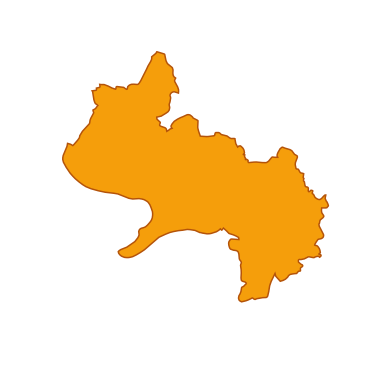 Tuyen Quang, Tuyên Quang, Vietnam (orthographic projection), rotated 128°
{"feature_id": "81297802B47439602304770", "entity_name": "Tuyen Quang", "entity_type": "district", "adm_level": 2, "iso_a3": "VNM", "parent_name": "Vietnam", "parent_adm1": "Tuyên Quang", "projection": "orthographic", "projection_center": [105.218, 21.783], "detail": "fine", "context": "isolated", "style": "filled", "palette": "amber", "viewbox_px": 384, "rotation_deg": 128, "n_neighbors": 0, "source": "geoboundaries", "source_scale": "gbopen_adm2", "svg_char_len": 6009}
<svg xmlns="http://www.w3.org/2000/svg" viewBox="0 0 384 384"><g transform="rotate(128 192 192)"><path d="M284.4,213.4L285.4,212.1L285.7,211.1L286.0,209.5L285.9,207.8L285.1,205.0L283.7,202.8L282.5,201.4L281.0,200.1L279.4,198.9L275.9,197.2L271.3,195.4L266.7,193.9L248.0,190.2L241.6,186.9L237.5,184.5L234.4,182.1L230.9,179.0L227.8,175.8L224.4,172.7L222.8,170.3L220.4,166.0L219.1,160.8L218.5,159.9L218.0,158.6L215.7,154.4L214.0,152.4L212.7,151.3L208.3,148.3L205.6,147.3L203.6,147.0L203.8,146.0L203.8,145.2L203.6,145.0L201.1,145.0L201.4,140.8L201.9,137.3L200.4,133.3L199.7,130.7L199.2,127.9L199.4,126.9L200.6,125.8L204.3,131.3L205.0,132.2L205.9,132.5L207.7,132.4L208.7,132.2L209.8,131.6L211.1,130.4L212.4,128.7L213.1,127.4L213.3,126.5L212.4,123.7L210.8,120.8L210.7,119.1L211.1,118.2L212.1,116.8L215.6,113.5L216.1,112.5L216.5,110.8L217.1,109.8L218.0,109.3L219.2,108.9L220.0,108.5L223.0,105.4L225.5,103.3L229.5,100.5L230.9,99.1L231.3,98.5L231.3,98.0L231.1,96.8L230.3,95.0L230.3,93.8L230.3,93.4L230.6,93.0L231.4,92.8L232.8,93.1L234.4,93.2L236.4,94.1L236.7,94.1L240.2,92.2L242.3,91.5L244.9,91.1L246.9,90.1L247.6,89.3L248.3,88.0L248.3,86.7L248.0,85.3L244.6,82.6L242.7,81.4L240.4,80.2L238.4,79.3L238.2,78.7L238.2,77.0L237.9,76.3L237.5,75.9L236.2,75.3L231.7,71.2L229.5,68.6L228.5,68.2L227.4,68.3L223.3,70.2L218.0,73.1L213.6,74.6L205.1,76.4L206.8,74.1L208.0,67.5L205.6,65.8L203.2,64.7L200.3,64.2L198.6,64.4L197.5,64.2L196.4,63.8L195.1,62.7L193.5,61.2L191.8,59.4L189.0,59.3L187.5,58.0L187.0,58.2L186.3,58.9L185.3,59.6L184.4,59.7L183.3,59.2L182.1,59.2L181.8,59.5L181.5,60.1L181.8,61.7L181.7,64.8L180.8,65.8L180.1,66.2L179.4,66.1L178.9,65.7L178.2,64.6L175.5,62.3L171.6,60.5L171.0,59.9L169.3,56.5L168.7,55.6L168.0,55.1L167.3,55.0L165.3,53.4L164.6,52.3L164.9,51.4L164.3,51.1L162.9,51.0L162.5,51.3L162.2,51.8L162.3,52.5L162.8,53.3L162.8,53.7L162.4,53.9L161.6,53.6L160.7,53.6L159.1,55.4L158.2,56.9L157.5,59.1L157.4,60.1L157.5,60.8L158.1,61.8L158.3,62.6L157.4,63.0L155.5,63.3L152.4,63.5L151.6,63.4L150.9,62.9L149.8,61.9L148.8,61.2L147.2,60.8L146.2,61.0L145.1,61.6L144.5,62.3L140.6,70.7L139.1,72.3L138.2,72.3L135.9,73.5L134.9,73.7L131.8,73.0L130.3,73.0L129.7,73.5L129.4,74.1L128.6,76.6L128.0,77.5L126.5,78.9L124.7,80.0L122.3,76.9L121.4,76.1L119.1,76.0L118.6,76.3L117.4,78.2L116.6,79.9L116.4,80.9L115.0,83.2L112.0,84.7L112.4,85.3L114.2,85.7L117.2,85.9L118.2,86.2L119.2,86.6L119.9,87.6L120.3,88.5L120.5,90.4L120.5,91.7L119.1,94.7L119.1,96.2L118.9,96.6L117.1,97.3L116.7,97.6L116.7,97.8L117.0,98.8L117.5,99.4L119.4,99.7L119.9,100.4L119.5,101.2L117.9,102.2L117.2,102.9L117.0,103.9L117.6,105.1L117.8,106.0L117.2,107.1L114.8,109.7L114.7,110.8L113.8,111.6L112.4,112.2L112.3,113.1L111.7,113.6L109.9,114.6L109.7,114.9L108.9,115.1L108.9,115.8L110.0,118.1L110.0,118.6L109.8,119.4L108.7,122.0L108.7,122.5L109.5,123.9L109.5,124.4L107.0,127.4L106.4,127.8L105.2,128.6L99.8,130.3L98.9,131.1L98.8,131.8L99.2,134.4L98.0,138.8L98.3,140.9L100.3,146.0L100.9,148.2L101.5,148.7L103.6,149.2L107.8,148.6L109.9,148.0L110.7,147.5L111.2,147.1L111.9,145.8L113.8,148.3L114.8,150.0L115.1,150.3L115.7,150.5L120.2,150.6L121.6,150.9L122.8,151.4L123.6,152.1L125.6,154.8L128.8,159.8L130.3,161.6L133.9,165.4L133.7,166.5L132.6,167.2L132.5,167.6L132.6,169.1L133.4,169.6L133.5,169.9L132.5,170.6L131.9,172.2L130.2,173.4L130.9,174.4L130.9,174.6L130.3,174.8L129.3,174.6L128.8,174.8L127.2,176.6L126.6,177.6L126.0,179.3L125.8,181.9L126.0,182.5L127.0,183.4L128.5,183.7L126.9,187.3L123.8,190.8L123.6,190.9L123.8,191.6L125.7,194.0L126.0,194.8L126.2,195.8L126.3,198.9L128.5,203.9L128.7,204.5L128.5,205.7L128.6,207.2L128.9,207.8L130.5,209.8L131.3,210.0L133.4,209.1L134.2,209.3L138.4,213.5L139.4,214.7L142.9,219.8L140.4,223.7L138.3,226.5L137.4,227.4L132.2,231.1L132.1,231.9L133.0,236.6L132.6,237.7L132.5,239.0L132.5,240.4L132.6,241.2L133.0,242.0L133.5,242.8L134.3,243.5L138.2,245.5L140.4,246.8L143.4,248.2L147.2,249.5L150.5,249.6L152.8,249.2L153.4,248.7L153.8,248.1L154.1,246.9L154.6,247.3L156.0,248.1L157.9,248.5L159.7,249.2L158.2,251.0L157.9,252.2L158.1,253.3L159.4,257.1L159.5,258.3L159.3,258.6L158.8,259.0L157.0,259.6L156.6,260.0L156.2,264.3L155.8,264.9L154.7,265.9L151.2,263.0L145.9,261.0L143.4,260.3L141.6,260.4L140.0,261.1L138.9,261.8L137.9,263.1L136.9,264.0L134.6,264.8L131.1,266.7L130.3,267.5L129.7,268.6L128.9,269.1L128.3,269.3L127.4,269.4L125.8,269.1L125.1,268.7L124.3,268.1L123.8,267.4L122.4,263.6L121.0,264.5L119.6,265.7L118.1,267.9L115.5,273.8L114.9,274.3L114.0,274.7L112.3,275.0L112.3,277.2L111.6,278.7L110.2,280.2L107.5,282.1L106.2,283.9L106.1,284.5L106.0,289.9L105.6,291.3L104.4,293.5L100.4,298.2L100.3,298.6L100.6,299.6L103.1,306.0L103.3,306.1L104.8,305.8L110.3,307.0L111.4,306.1L112.4,305.5L114.8,304.9L120.0,304.2L123.3,303.4L135.8,300.9L139.0,300.6L140.3,300.8L141.0,301.4L143.0,304.4L144.5,306.1L145.8,306.9L146.9,307.3L148.5,307.5L150.6,306.5L151.0,306.5L151.3,306.7L151.6,308.2L151.6,310.2L155.1,316.1L155.6,316.4L156.2,316.3L157.6,315.5L157.9,315.5L158.1,315.6L159.3,319.0L160.1,323.1L161.4,327.3L163.3,329.8L164.0,331.0L165.4,329.5L166.4,329.2L169.0,331.3L170.2,330.2L170.9,330.2L173.8,333.0L174.2,332.0L179.7,326.1L181.0,324.2L181.6,323.1L181.8,322.3L181.6,320.5L181.8,319.4L182.5,319.5L185.4,319.4L186.3,319.6L188.4,320.5L189.1,319.7L190.1,318.2L196.4,317.1L198.2,316.5L200.3,315.3L201.3,314.9L211.6,315.7L216.7,315.1L218.0,314.4L219.0,314.1L221.5,314.0L227.5,314.3L228.8,314.5L229.1,317.0L230.3,320.0L233.0,318.6L242.4,316.0L244.4,315.0L246.0,313.8L247.7,311.6L250.0,306.3L252.2,299.5L252.9,295.7L253.4,292.1L253.6,286.9L253.5,282.6L253.1,278.9L251.6,273.6L248.8,266.8L245.6,260.2L241.1,252.8L239.2,249.3L235.8,237.8L234.0,234.4L229.8,229.7L228.3,227.0L227.5,225.0L227.1,222.4L227.0,221.0L227.2,219.8L228.0,217.3L229.7,214.3L231.8,211.1L233.4,209.6L234.6,208.7L237.0,207.3L239.5,206.6L242.0,206.5L245.5,206.7L248.1,207.2L249.9,208.2L251.9,209.7L253.3,210.2L254.3,210.2L255.9,209.7L257.8,207.8L258.6,207.2L259.6,206.9L261.3,206.5L266.3,206.5L275.6,209.4L281.1,212.6L283.0,213.3L284.4,213.4Z" fill="#f59e0b" stroke="#b45309" stroke-width="1.5"/></g></svg>